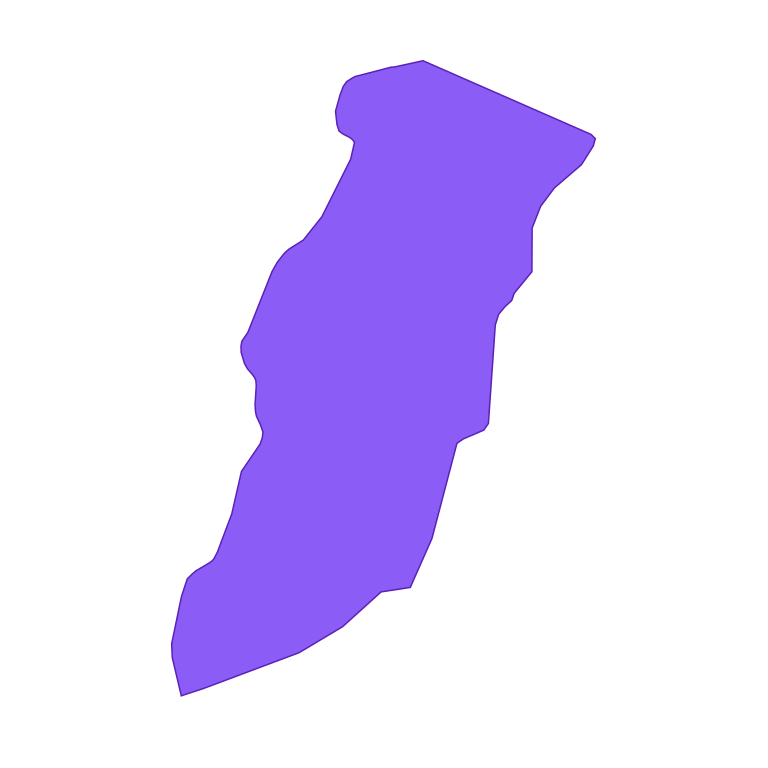 the Parish of Portland, rotated 94°
{"feature_id": "JAM-1378", "entity_name": "Portland", "entity_type": "Parish", "adm_level": 1, "iso_a3": "JAM", "parent_name": "Jamaica", "parent_adm1": "", "projection": "mercator", "projection_center": [-76.532, 18.127], "detail": "fine", "context": "isolated", "style": "filled", "palette": "violet", "viewbox_px": 768, "rotation_deg": 94, "n_neighbors": 0, "source": "natural_earth", "source_scale": "10m", "svg_char_len": 1098}
<svg xmlns="http://www.w3.org/2000/svg" viewBox="0 0 768 768"><g transform="rotate(94 384 384)"><path d="M124.5,190.3L132.1,191.9L151.4,202.3L176.4,227.6L195.7,240.1L218.0,247.1L261.7,244.3L284.5,260.5L291.8,262.4L298.4,268.7L306.5,274.5L317.4,277.1L416.1,277.1L423.0,281.2L433.3,301.1L438.1,307.1L534.8,325.4L585.1,343.6L591.6,372.4L628.9,408.3L657.9,449.9L700.1,542.3L709.2,564.5L708.4,564.7L671.8,576.1L657.9,577.7L610.0,571.2L592.2,566.7L587.1,562.3L583.4,558.5L574.8,546.0L572.6,543.3L570.1,541.4L563.1,538.4L524.2,526.8L481.2,520.1L452.3,503.3L445.8,501.6L440.4,501.4L433.8,504.2L425.0,509.0L420.3,510.3L413.7,511.2L395.1,511.3L389.8,512.0L386.7,513.5L384.0,515.7L378.2,521.4L373.1,524.7L362.4,528.7L356.3,529.3L351.3,528.8L342.0,523.4L279.8,503.6L269.9,498.9L261.2,493.0L258.4,490.6L256.0,488.1L246.0,474.5L221.4,457.6L162.0,432.9L144.9,430.3L142.4,432.5L140.4,435.5L137.5,442.3L134.9,446.4L128.5,449.0L115.3,451.4L98.3,447.9L89.8,445.3L84.9,442.3L80.9,436.9L79.2,434.0L67.5,399.2L67.0,395.7L58.8,367.7L120.6,194.8L124.5,190.3Z" fill="#8b5cf6" stroke="#5b21b6" stroke-width="1.5"/></g></svg>